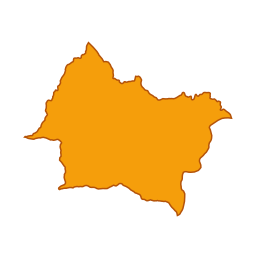 the district of Dechhenling, Samdrup Jongkhar, Bhutan, rotated 192°
{"feature_id": "84629894B76488101752434", "entity_name": "Dechhenling", "entity_type": "district", "adm_level": 2, "iso_a3": "BTN", "parent_name": "Bhutan", "parent_adm1": "Samdrup Jongkhar", "projection": "natural_earth1", "projection_center": [91.243, 26.904], "detail": "fine", "context": "isolated", "style": "filled", "palette": "amber", "viewbox_px": 256, "rotation_deg": 192, "n_neighbors": 0, "source": "geoboundaries", "source_scale": "gbopen_adm2", "svg_char_len": 5825}
<svg xmlns="http://www.w3.org/2000/svg" viewBox="0 0 256 256"><g transform="rotate(192 128 128)"><path d="M28.8,159.1L30.7,162.4L31.1,162.7L32.6,163.7L35.1,164.7L37.5,166.0L38.1,166.2L38.7,166.2L39.1,165.9L39.7,165.2L40.5,164.7L41.2,164.7L41.5,165.1L41.1,167.3L41.1,167.7L41.2,168.2L42.5,169.6L42.7,170.2L42.9,172.4L43.2,172.7L44.1,173.0L45.0,173.1L45.5,172.9L45.8,172.5L46.2,172.4L46.7,172.6L47.3,173.2L49.3,174.3L49.7,174.3L50.1,174.1L51.3,173.7L53.5,173.9L53.9,174.2L54.1,174.6L54.1,176.1L54.5,177.0L54.7,178.9L55.0,179.2L55.9,179.5L56.3,179.5L58.6,178.9L59.9,178.8L60.8,178.6L61.2,178.4L61.5,178.1L62.6,176.5L62.9,176.2L63.3,176.0L64.2,175.9L64.6,175.7L65.3,174.4L65.9,173.7L66.8,173.7L67.2,173.9L68.2,174.9L68.5,175.0L68.9,174.7L69.1,174.2L69.4,170.3L70.1,169.4L70.8,169.0L71.3,169.0L71.7,169.2L72.0,169.6L72.5,171.5L73.0,172.1L73.5,172.0L75.2,170.8L76.0,170.7L76.6,171.0L77.5,171.0L78.4,171.4L78.7,171.6L79.6,173.0L80.0,173.8L80.6,174.2L81.4,174.3L82.1,173.7L82.2,173.0L82.6,171.8L82.9,171.2L84.1,170.5L86.3,168.3L88.2,166.7L89.6,166.1L91.8,165.8L93.1,165.4L94.0,165.4L95.2,164.8L97.6,164.2L99.5,164.0L100.1,163.9L100.7,163.4L102.2,162.3L103.5,161.7L104.1,161.7L104.7,161.8L106.7,163.5L108.7,163.8L109.3,164.1L110.5,164.8L112.6,165.4L113.8,165.9L114.6,166.4L116.5,168.5L116.9,168.6L118.7,168.6L119.5,168.9L121.3,170.3L122.5,171.0L123.8,172.3L124.4,173.6L124.7,174.5L124.8,176.0L124.7,177.4L124.8,177.9L126.0,179.4L126.6,180.0L127.0,180.3L128.2,180.8L128.7,180.8L129.1,180.6L129.4,180.3L129.9,180.2L131.2,180.2L131.3,179.8L131.3,177.4L131.4,175.9L131.6,175.5L131.9,175.2L133.2,175.0L135.5,173.9L136.8,173.7L138.6,172.6L139.7,172.4L140.5,172.7L141.3,172.4L141.6,171.5L142.7,170.4L143.2,170.2L144.5,170.4L146.1,171.4L146.3,172.5L146.8,172.8L147.4,172.8L148.5,172.6L150.7,173.3L151.0,173.6L151.4,173.7L151.9,173.6L152.4,173.3L153.0,173.5L153.2,174.4L153.2,175.1L153.2,176.4L154.2,179.0L154.5,181.1L155.2,182.3L157.3,184.4L158.5,186.2L160.3,187.8L160.9,188.3L162.5,188.4L163.5,188.4L165.5,187.8L166.0,188.3L167.6,190.2L171.7,193.4L172.2,194.2L174.4,196.4L178.8,199.7L180.8,201.0L184.4,203.3L185.3,200.5L185.5,199.3L185.0,195.9L185.0,195.0L185.4,194.3L185.3,193.8L185.0,192.6L185.2,192.2L186.3,190.8L186.9,190.5L187.3,190.5L187.7,190.3L188.2,189.7L188.6,189.0L188.6,188.3L188.4,187.3L188.5,186.9L189.1,186.3L189.7,186.1L191.4,186.4L192.1,186.0L192.6,185.7L194.7,185.3L195.4,184.8L195.5,183.5L195.3,182.0L195.5,181.5L196.7,180.5L198.7,178.2L200.0,177.5L200.5,176.9L201.1,175.6L201.4,174.1L201.5,172.2L201.1,171.4L201.2,169.9L201.4,167.9L202.0,166.2L202.7,164.8L203.3,163.3L203.8,160.9L204.0,160.4L204.0,159.9L203.5,158.6L203.4,157.8L203.5,157.2L203.9,156.5L204.0,155.6L205.1,154.6L205.3,154.0L205.3,153.6L204.5,151.4L204.5,150.4L204.8,150.0L205.2,149.9L205.6,149.9L206.4,150.2L206.9,149.7L207.0,148.7L207.7,147.9L207.9,147.4L208.0,146.9L207.9,146.5L207.7,146.0L207.7,144.5L207.7,144.1L208.1,142.9L207.8,141.8L208.1,141.1L208.4,139.3L208.8,138.8L209.2,138.7L211.4,138.7L211.8,138.5L212.4,137.8L213.0,136.0L213.2,135.6L213.1,134.6L212.6,133.3L212.1,130.3L212.3,129.2L212.3,128.2L212.2,127.6L211.9,127.2L211.5,127.0L210.9,126.0L210.1,125.1L209.7,124.5L209.7,123.8L210.6,122.1L211.1,120.6L211.1,119.5L210.9,118.3L212.1,116.6L212.8,115.4L213.1,114.4L213.5,112.6L213.4,111.9L213.5,110.7L213.8,110.1L214.7,109.4L214.9,109.0L216.1,105.6L216.6,105.0L217.4,104.2L218.0,103.6L219.1,103.0L219.4,102.7L219.6,101.8L219.7,101.4L220.1,100.8L220.4,100.5L221.2,100.5L223.0,99.7L223.9,99.4L224.7,98.9L225.6,98.4L226.8,98.3L227.2,97.6L225.9,97.7L224.0,97.2L222.9,97.1L219.1,97.3L217.7,97.5L216.5,98.4L213.6,99.7L212.7,100.0L211.9,100.0L210.3,100.8L208.8,101.3L205.8,101.2L201.3,100.2L200.1,100.6L198.4,100.5L197.0,101.0L195.0,102.1L194.1,102.3L192.2,101.6L190.7,100.6L189.9,99.7L190.1,98.7L190.5,98.3L190.6,97.8L190.5,95.5L189.7,93.7L188.9,92.3L188.7,89.9L188.6,89.5L188.2,88.8L187.6,86.4L188.5,84.7L188.4,84.1L188.4,83.6L188.2,82.3L185.9,80.7L182.4,77.4L181.4,76.7L181.1,76.0L181.1,75.1L180.2,73.1L179.9,71.4L180.6,69.4L180.4,68.8L180.2,66.5L179.5,64.9L177.9,62.2L177.7,60.7L178.4,59.4L179.9,58.4L181.8,57.0L183.2,55.1L183.3,54.6L183.1,54.1L182.7,53.7L182.0,53.6L181.4,54.2L181.1,54.4L179.5,55.0L178.4,55.6L177.5,55.9L176.0,56.2L172.6,57.7L170.8,58.0L169.5,58.0L169.1,58.2L168.7,58.7L168.1,59.3L166.4,59.9L165.8,60.2L163.8,60.3L162.7,60.8L160.5,61.1L159.5,61.6L158.3,62.6L157.2,63.0L156.3,63.2L154.9,63.0L152.7,62.2L150.9,62.4L150.1,62.7L148.3,62.9L147.0,62.7L146.3,62.4L144.4,62.2L139.9,63.6L137.2,64.1L135.7,64.5L133.5,66.4L132.1,67.4L130.3,69.0L129.6,69.0L128.5,68.8L127.6,68.9L126.9,69.5L125.9,70.6L125.4,71.3L124.9,71.8L124.1,72.1L122.7,72.2L122.3,72.1L121.3,71.3L120.4,70.9L117.6,70.4L114.7,69.4L112.3,68.0L111.9,67.8L110.9,67.6L109.7,67.1L109.2,67.1L108.1,66.3L107.3,66.0L105.5,65.9L105.1,65.7L103.0,65.4L101.9,64.7L101.0,63.4L100.5,62.3L100.1,61.9L99.7,61.5L99.3,61.4L98.7,61.3L97.8,61.5L96.8,61.5L94.9,60.8L93.5,61.0L90.9,62.5L90.4,62.3L87.6,62.1L84.8,62.8L84.1,63.2L82.9,63.1L82.1,63.3L80.0,63.4L79.4,63.5L77.5,63.6L76.2,64.1L73.4,63.6L72.3,63.1L70.4,61.1L68.8,59.7L66.6,58.3L64.6,56.8L64.1,56.6L63.1,55.9L62.4,54.8L61.5,52.7L60.3,53.6L59.3,54.8L58.9,56.3L58.0,58.7L57.6,60.5L57.5,63.6L57.5,68.0L58.2,72.3L58.8,75.4L60.5,77.8L62.6,78.8L63.4,80.2L63.9,81.9L64.7,84.0L65.0,86.5L64.8,87.3L64.4,88.5L64.4,89.7L64.8,91.9L65.0,93.7L64.6,96.1L63.5,97.0L62.1,97.4L59.7,97.4L57.6,97.7L53.9,98.8L50.4,101.1L49.5,102.5L48.5,104.5L49.1,106.9L50.6,109.3L50.9,109.6L51.3,110.7L51.4,111.5L51.4,112.4L50.9,113.8L49.6,115.5L48.6,116.9L47.8,118.6L46.3,120.8L44.9,125.1L44.9,126.3L45.3,127.4L45.4,129.2L45.3,130.4L44.5,132.4L44.2,133.6L44.1,134.7L44.2,135.9L44.5,138.0L47.1,143.3L48.4,145.0L48.6,145.5L48.5,146.2L48.3,146.9L47.9,147.7L41.5,154.3L38.1,156.9L35.5,157.9L32.1,158.8L28.8,159.1Z" fill="#f59e0b" stroke="#b45309" stroke-width="1.5"/></g></svg>